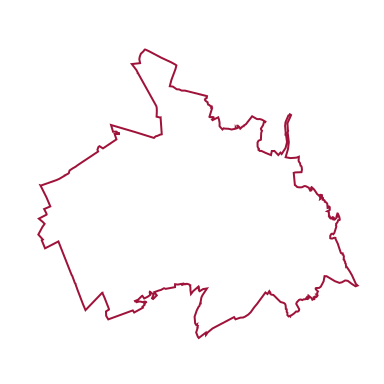 Tulcea, Tulcea, Romania (Robinson projection), rotated 85°
{"feature_id": "2599482B25172560507796", "entity_name": "Tulcea", "entity_type": "district", "adm_level": 2, "iso_a3": "ROU", "parent_name": "Romania", "parent_adm1": "Tulcea", "projection": "robinson", "projection_center": [28.818, 45.151], "detail": "fine", "context": "isolated", "style": "outline", "palette": "rose", "viewbox_px": 384, "rotation_deg": 85, "n_neighbors": 0, "source": "geoboundaries", "source_scale": "gbopen_adm2", "svg_char_len": 5913}
<svg xmlns="http://www.w3.org/2000/svg" viewBox="0 0 384 384"><g transform="rotate(85 192 192)"><path d="M166.8,91.1L165.5,95.7L157.5,92.6L150.8,91.2L140.8,91.5L139.5,90.9L138.5,91.1L131.8,90.9L124.0,86.6L123.1,87.8L124.1,88.5L124.2,89.3L130.5,92.7L134.2,93.5L142.7,93.5L142.6,93.8L143.3,93.9L143.8,93.3L150.6,93.0L156.2,94.9L162.0,99.4L160.5,100.5L162.7,102.8L158.3,106.3L158.1,108.9L162.1,110.1L159.5,115.2L157.1,119.3L157.0,120.9L155.8,122.1L155.0,121.5L153.6,122.4L152.5,122.7L148.4,122.4L147.0,121.5L146.6,121.0L145.9,118.8L139.1,117.9L137.0,116.9L136.0,117.7L134.8,117.8L131.7,115.4L128.3,114.1L128.8,113.0L128.3,112.7L125.9,116.3L125.2,118.3L125.2,119.9L124.9,121.1L121.8,125.5L129.3,132.5L130.1,134.3L131.0,134.8L130.9,135.3L131.2,136.0L133.1,138.4L131.7,139.0L129.9,140.7L129.9,141.0L132.0,140.6L132.3,141.3L132.5,142.6L131.8,142.9L132.7,143.0L133.2,147.1L132.2,150.1L131.7,153.8L131.3,154.9L132.4,156.2L128.9,158.8L125.4,158.5L122.1,158.8L119.9,159.4L122.2,165.3L121.5,165.7L121.2,164.3L120.7,164.0L119.9,164.0L120.0,164.5L119.8,164.7L119.2,164.7L118.9,168.0L118.7,168.1L110.3,164.7L110.1,165.2L109.7,165.1L109.6,165.5L108.5,164.9L107.5,166.8L107.0,167.0L106.3,168.3L105.3,168.6L104.0,168.6L102.4,170.5L101.2,171.1L100.8,170.9L100.7,170.6L100.1,170.4L99.7,169.2L97.8,168.7L90.4,190.1L90.1,193.4L88.7,195.8L88.3,198.3L85.3,201.9L84.7,204.9L78.7,202.8L68.0,197.7L64.5,196.5L63.4,197.8L61.0,201.4L55.6,210.8L48.0,222.6L46.1,225.9L46.0,226.7L47.6,228.1L49.8,230.9L52.5,232.2L55.0,232.9L59.1,232.5L59.3,240.8L65.6,236.8L68.5,235.6L68.9,235.7L69.0,235.4L103.2,220.1L105.1,219.8L108.5,220.0L113.9,220.7L115.1,217.1L115.0,216.8L131.9,217.1L132.1,218.8L133.1,221.6L133.3,223.1L133.9,224.1L134.8,225.2L127.1,244.0L118.2,266.8L125.1,265.4L125.2,262.4L125.4,261.9L126.3,262.1L126.9,259.6L127.9,259.7L127.5,264.0L133.0,262.7L140.8,276.9L138.3,280.2L139.0,281.3L141.6,282.5L143.5,282.0L155.2,303.4L156.7,305.8L158.0,308.7L159.9,312.1L162.5,313.1L163.1,314.1L164.3,317.2L164.5,317.1L167.3,323.0L168.3,325.9L172.4,341.9L172.2,342.4L184.5,337.5L194.0,334.4L196.1,340.8L199.9,339.2L201.5,338.7L201.9,338.9L205.2,346.9L208.9,343.2L210.9,341.6L213.7,344.0L221.0,348.8L226.4,344.7L227.0,345.9L235.3,343.3L229.6,329.4L261.0,320.1L264.3,319.1L265.1,318.6L272.5,316.6L273.5,315.9L274.0,316.0L279.8,314.5L294.2,310.4L300.4,308.4L284.5,290.2L284.5,289.9L285.3,289.9L289.5,288.4L301.1,285.0L301.9,285.0L303.5,288.1L307.9,288.3L311.6,286.5L304.8,261.3L307.0,260.1L303.0,251.0L302.1,251.4L300.2,249.0L299.3,249.4L297.8,247.3L297.5,247.4L297.0,248.6L297.4,250.7L296.7,252.9L296.5,254.3L296.9,256.8L295.8,257.1L296.0,258.1L295.6,258.3L294.6,255.1L291.3,251.1L291.1,250.5L293.9,248.9L292.5,245.3L290.9,242.6L288.3,242.9L287.7,242.7L287.9,242.2L289.7,240.8L289.9,239.8L290.3,239.3L290.9,239.2L294.4,241.1L295.2,240.1L291.9,236.1L288.5,238.3L287.4,234.3L286.8,231.3L285.5,228.5L285.6,227.8L286.2,226.7L285.3,217.2L282.4,216.9L283.0,214.1L282.6,210.7L283.7,210.0L283.4,208.9L282.6,209.2L282.4,208.7L283.3,207.2L283.3,206.6L283.0,206.6L283.1,204.7L283.9,202.9L284.7,201.9L285.0,202.2L286.8,201.9L289.9,202.1L293.5,201.9L290.8,199.4L286.7,193.7L287.2,193.5L287.6,193.9L288.3,193.5L288.7,194.0L290.3,193.3L290.8,193.6L291.5,193.0L289.7,189.5L289.4,185.5L295.8,190.6L297.8,191.8L302.3,193.0L303.2,193.0L303.0,193.3L306.3,194.6L307.0,195.5L310.4,197.6L316.5,200.3L323.1,200.3L324.8,199.4L324.4,198.7L324.9,198.9L325.7,197.8L327.6,198.5L327.8,198.2L332.3,200.1L336.7,198.8L338.0,198.0L333.3,190.5L335.5,190.5L333.2,188.5L329.7,183.4L320.3,161.0L322.6,159.8L321.4,154.8L321.5,152.1L320.8,150.0L319.0,146.6L316.8,143.9L312.4,140.2L309.1,136.9L298.5,127.6L300.2,125.7L297.5,123.6L299.2,122.7L300.0,123.0L301.1,122.0L301.7,119.8L309.3,113.4L310.5,110.2L311.8,108.9L313.4,108.6L316.7,108.7L317.1,107.9L319.7,108.1L320.5,107.5L323.0,107.7L324.4,106.5L323.9,105.2L324.3,104.9L323.7,104.7L323.5,103.7L321.9,100.9L320.1,98.7L320.4,97.1L319.5,95.8L318.1,95.4L312.5,97.9L311.0,97.2L308.8,94.7L308.6,94.1L308.6,92.9L309.3,91.6L308.7,90.3L308.7,88.4L307.3,87.1L308.6,87.0L308.8,86.1L307.3,84.4L306.9,84.5L307.1,85.1L306.8,85.3L305.4,85.0L308.2,82.1L309.8,81.5L309.3,80.6L309.4,79.5L308.7,79.4L307.5,79.9L306.8,78.4L307.6,77.7L307.1,76.8L306.1,76.0L304.8,77.0L304.7,76.1L303.3,76.0L302.0,75.2L299.8,77.1L298.8,77.2L298.5,76.8L298.6,73.7L297.6,72.0L292.5,68.7L287.4,67.3L287.7,66.5L287.5,66.3L287.6,65.3L293.3,57.4L295.4,53.0L295.0,50.5L293.5,47.2L293.8,45.4L294.2,44.4L297.4,40.9L300.2,37.3L299.6,35.2L298.0,36.7L288.9,39.9L285.2,41.6L280.2,44.3L280.3,45.0L276.8,45.1L276.2,45.6L275.0,45.5L274.2,46.0L273.2,46.1L272.6,46.8L272.1,46.5L271.0,46.7L269.8,46.3L268.0,46.6L267.5,47.4L266.3,47.2L265.9,48.8L264.6,49.3L256.1,51.3L251.3,53.1L250.2,53.1L250.0,53.6L250.1,54.9L250.6,56.1L250.5,57.4L250.1,58.3L247.6,58.1L246.0,56.9L245.8,56.6L245.8,55.7L246.4,54.9L245.2,53.8L239.0,51.2L237.8,51.5L237.3,51.2L236.2,51.2L234.9,49.8L232.8,48.8L232.8,47.8L232.5,47.2L229.8,47.4L229.2,48.3L228.6,47.8L226.2,48.6L226.1,49.0L226.8,49.3L229.1,50.2L230.0,50.1L231.6,51.9L230.7,52.7L231.8,53.1L231.6,53.8L230.6,54.2L229.7,53.4L229.3,53.9L229.9,55.2L230.6,55.3L230.6,55.9L230.3,56.4L229.7,56.9L228.6,56.8L228.5,57.6L228.0,57.8L227.1,57.4L226.4,57.6L224.1,57.4L223.5,57.8L223.0,58.9L222.1,56.6L221.7,56.3L219.1,56.1L218.3,56.8L218.1,57.4L218.6,57.7L219.6,57.7L219.7,58.3L215.3,58.3L213.9,59.4L213.3,60.6L212.3,60.5L211.7,60.9L211.1,62.4L209.7,62.0L209.2,62.1L208.3,63.5L208.3,63.8L209.8,64.2L210.2,65.0L208.8,64.6L207.5,65.3L207.1,64.3L207.5,63.7L207.4,62.9L206.5,62.8L206.0,64.1L206.4,66.0L206.1,66.3L205.1,67.4L200.2,70.1L197.6,72.4L198.0,72.9L200.2,72.6L201.0,73.5L201.0,74.1L197.9,75.3L196.1,78.2L195.9,79.6L196.8,81.9L196.9,82.8L196.7,84.9L196.2,86.8L194.5,88.2L194.1,88.9L181.8,89.0L181.5,87.4L181.8,81.2L179.2,80.5L176.6,80.6L175.7,80.9L175.2,81.6L172.6,81.9L171.6,82.6L170.3,83.1L166.2,82.5L166.9,85.0L166.8,91.1Z" fill="none" stroke="#9f1239" stroke-width="2"/></g></svg>